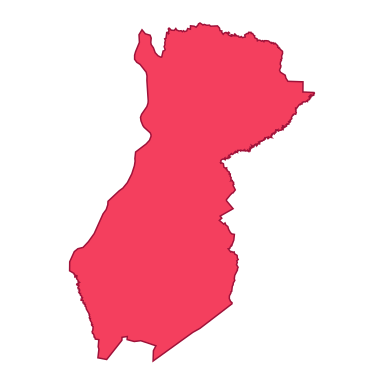 La Paz, Entre Ríos, Argentina
{"feature_id": "61730980B80741205900311", "entity_name": "La Paz", "entity_type": "district", "adm_level": 2, "iso_a3": "ARG", "parent_name": "Argentina", "parent_adm1": "Entre Ríos", "projection": "natural_earth1", "projection_center": [-59.387, -30.91], "detail": "fine", "context": "isolated", "style": "filled", "palette": "rose", "viewbox_px": 384, "rotation_deg": 0, "n_neighbors": 0, "source": "geoboundaries", "source_scale": "gbopen_adm2", "svg_char_len": 5888}
<svg xmlns="http://www.w3.org/2000/svg" viewBox="0 0 384 384"><path d="M153.1,361.0L192.9,332.3L199.9,328.4L232.0,303.8L232.0,302.6L230.6,301.5L229.3,298.6L229.4,295.8L230.9,293.0L231.0,291.8L231.7,291.4L232.3,286.3L233.1,284.9L233.3,282.9L234.8,280.4L234.3,278.9L234.7,275.5L237.5,269.9L237.3,269.2L238.1,267.3L236.5,264.7L237.3,262.4L236.7,260.8L238.2,259.5L237.4,258.2L237.1,255.4L234.6,253.8L234.1,251.9L232.9,252.3L231.8,251.5L230.8,252.0L228.2,248.8L229.8,248.4L230.0,247.3L231.7,245.7L231.3,245.3L231.9,245.0L233.8,240.1L234.4,234.4L231.8,233.9L230.4,232.6L228.6,229.3L227.8,226.5L225.9,225.1L225.0,223.0L223.8,224.1L219.3,220.4L221.8,218.2L220.1,216.1L233.1,208.7L226.5,200.8L226.4,199.7L230.3,194.9L232.2,193.0L232.9,193.0L235.3,189.9L233.1,185.5L233.1,184.8L233.9,184.2L233.4,183.3L233.6,182.3L232.5,181.6L232.3,180.5L231.0,180.7L231.4,180.2L230.9,179.2L231.2,177.7L230.2,176.3L230.3,174.0L229.3,174.1L229.3,172.1L227.2,170.7L226.9,169.1L226.0,168.8L226.4,167.9L225.4,168.1L223.9,167.2L223.4,163.7L222.1,163.0L220.8,163.3L220.4,162.5L221.0,161.9L220.8,160.5L222.3,159.2L223.8,159.1L224.7,158.2L224.7,159.1L225.2,158.7L225.5,159.3L225.9,158.3L227.9,158.6L228.1,157.3L229.3,157.9L230.3,157.0L228.6,156.1L229.2,156.1L228.8,155.4L230.0,155.1L231.3,153.6L232.1,154.5L233.2,154.0L235.1,151.8L235.3,152.6L235.8,152.0L237.0,152.3L236.5,151.6L237.8,151.5L237.7,150.4L239.9,150.4L240.7,151.0L240.9,150.2L243.2,150.8L243.8,150.2L244.4,150.6L244.8,149.9L245.4,151.0L247.5,150.7L247.9,151.5L247.8,150.5L248.7,151.4L248.8,150.6L249.9,151.1L250.3,149.7L249.7,149.9L249.5,148.8L250.2,148.6L250.2,147.7L250.9,148.3L252.0,147.7L250.6,146.9L251.5,147.2L252.1,146.7L251.6,145.5L253.5,146.7L253.5,145.9L254.4,145.9L254.5,144.9L255.8,144.1L256.3,144.2L255.7,144.8L256.2,145.4L256.2,144.6L257.1,145.2L257.4,143.9L259.0,143.9L258.5,143.3L259.4,142.6L258.8,142.0L259.5,141.8L259.9,142.4L260.2,141.2L261.9,141.2L261.9,140.7L264.0,140.1L263.9,139.4L264.9,139.1L264.5,138.7L264.8,137.9L265.4,138.3L265.5,137.7L267.4,137.3L267.7,138.2L268.4,137.3L268.6,138.2L269.7,137.2L271.5,137.5L270.8,136.9L271.5,136.4L271.1,135.6L271.9,134.2L272.3,134.7L273.1,133.3L274.0,133.8L273.9,133.1L275.1,133.1L275.3,131.7L276.0,131.9L275.8,129.9L276.4,129.9L276.4,130.4L277.9,129.7L277.6,130.6L278.5,131.1L279.5,130.3L281.3,130.1L282.2,129.4L282.1,128.7L283.0,129.6L283.3,128.8L282.3,127.9L283.2,127.5L283.1,127.0L282.7,127.3L282.3,127.2L282.8,127.1L282.6,125.7L284.0,126.0L284.6,127.3L286.5,126.1L286.0,125.0L287.3,124.5L287.2,123.8L288.8,124.1L289.0,122.5L289.7,122.2L288.9,121.5L290.5,121.0L290.1,120.1L291.8,118.7L291.4,117.7L292.3,115.8L293.4,115.0L293.2,114.5L294.7,113.9L295.7,114.2L296.3,112.3L295.7,111.4L296.1,109.9L295.6,109.6L295.6,108.0L296.7,108.2L299.1,104.8L300.2,104.7L300.3,103.9L301.9,104.1L302.2,102.5L302.7,102.6L303.3,101.8L305.4,101.9L306.6,101.0L307.5,101.5L307.7,100.1L308.9,99.9L309.8,98.9L309.4,98.3L310.2,97.9L309.5,97.2L310.2,97.2L309.7,96.7L310.3,95.8L309.8,95.8L310.5,94.9L311.6,95.0L311.3,96.2L313.8,95.1L313.6,93.9L314.0,94.0L314.4,93.1L314.0,92.5L302.9,92.0L303.0,81.8L287.9,81.3L285.9,78.1L285.2,75.2L280.5,72.3L279.5,70.1L280.8,67.0L280.9,65.6L280.2,64.3L280.5,61.9L281.4,60.4L280.9,59.5L281.9,58.7L281.6,56.0L282.6,53.5L282.5,51.3L280.2,49.3L279.5,48.0L278.7,48.1L278.6,47.2L277.7,47.2L277.7,45.7L275.2,43.3L274.7,43.7L273.8,43.0L273.6,43.7L271.8,42.5L271.4,43.2L268.5,41.0L266.6,40.7L264.4,40.7L263.9,41.7L262.7,40.6L261.5,41.2L260.1,40.3L258.6,40.1L257.4,40.8L257.0,38.7L255.0,38.0L254.5,36.9L254.7,35.8L253.8,35.4L252.6,33.5L251.2,33.5L251.1,32.4L248.7,32.3L248.3,33.5L247.2,33.4L244.7,35.0L245.2,37.0L242.4,37.6L241.2,36.5L240.2,37.3L239.0,37.1L238.6,36.1L236.9,36.0L234.8,33.9L234.3,34.4L234.8,35.8L232.4,35.5L232.3,34.9L231.3,34.7L231.8,36.1L231.2,36.3L228.4,34.8L228.2,34.0L229.4,33.0L228.6,32.2L227.1,33.3L226.0,32.4L224.3,33.0L223.2,34.3L221.6,32.2L221.9,31.0L220.0,30.6L219.5,28.1L217.5,25.9L210.5,26.2L209.5,25.1L206.8,25.3L204.2,24.4L203.0,25.0L200.0,23.0L198.5,23.9L198.1,24.9L196.1,27.2L194.2,26.2L190.5,25.8L190.4,29.2L187.7,28.5L186.7,30.9L184.6,31.6L183.5,30.7L182.4,31.7L181.2,30.7L178.9,31.0L176.6,29.9L175.8,28.5L174.3,30.4L171.2,30.2L169.4,28.2L168.6,28.3L168.3,29.0L169.0,30.8L168.3,32.1L168.8,33.5L168.4,33.8L167.7,32.3L166.7,32.5L166.0,38.2L164.7,38.8L165.4,40.4L164.8,42.6L165.0,44.6L164.1,46.6L165.2,49.6L164.2,50.7L163.1,51.0L161.7,57.0L160.9,57.2L158.0,55.8L155.2,52.7L153.4,47.8L151.2,44.6L150.8,42.4L151.2,38.1L150.1,35.2L145.3,33.8L142.0,29.8L139.0,34.7L139.4,42.4L135.6,51.6L134.6,55.2L134.6,59.3L136.8,62.3L140.1,64.4L146.2,72.2L147.0,75.9L146.9,80.5L148.2,100.7L148.0,103.2L146.9,106.6L141.6,114.3L140.5,117.4L141.0,120.9L142.9,125.6L144.1,127.3L150.2,132.8L151.0,134.8L151.0,136.4L149.5,140.3L146.1,144.0L135.6,152.0L134.9,158.6L135.1,161.2L134.4,165.8L131.8,173.9L127.4,182.6L122.9,188.1L119.2,190.8L108.0,201.3L107.8,204.8L106.2,209.6L103.1,213.8L94.2,233.6L88.4,241.7L83.1,247.4L77.9,248.7L74.3,251.6L69.7,261.8L69.6,270.8L74.1,273.5L74.2,274.5L75.3,275.2L74.8,276.1L75.0,277.1L75.5,276.9L75.7,275.6L76.9,275.7L76.6,278.7L78.1,280.4L78.1,281.4L79.5,282.3L78.6,282.8L78.6,283.8L77.8,283.4L77.6,284.5L76.9,284.1L76.7,284.7L78.9,285.9L77.9,287.6L78.2,288.7L78.9,288.6L79.5,289.4L79.0,290.1L79.6,290.5L79.3,292.1L78.8,292.2L79.6,293.5L80.5,293.5L80.4,295.1L81.6,296.0L81.6,297.2L82.5,297.6L82.0,299.0L81.2,299.0L81.1,300.3L83.2,300.6L83.0,302.8L84.6,303.2L84.1,304.0L85.4,304.8L85.0,306.0L86.0,306.9L86.3,308.9L89.5,314.5L89.1,314.9L89.8,316.8L89.3,317.8L89.8,318.8L90.4,318.7L90.2,320.2L91.8,322.9L91.5,324.2L92.4,324.7L91.8,325.4L93.1,326.7L92.8,330.3L92.1,331.6L92.5,333.3L93.0,333.3L94.0,335.2L94.1,337.0L94.8,337.2L95.3,339.1L98.8,339.6L98.2,346.8L98.9,349.2L97.9,357.8L106.7,359.5L121.9,340.3L122.0,337.3L127.3,336.5L127.1,339.6L134.2,341.5L140.8,340.7L155.9,345.8L153.4,350.7L153.1,361.0Z" fill="#f43f5e" stroke="#9f1239" stroke-width="1.5"/></svg>